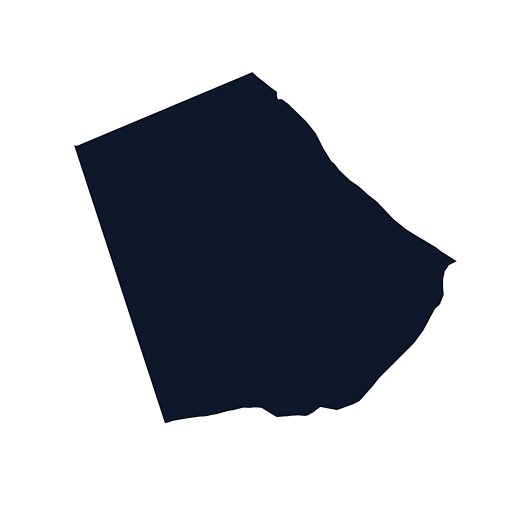 Portalese, Choiseul, Saint Lucia, rotated 190°
{"feature_id": "8701671B31198157043754", "entity_name": "Portalese", "entity_type": "district", "adm_level": 2, "iso_a3": "LCA", "parent_name": "Saint Lucia", "parent_adm1": "Choiseul", "projection": "albers", "projection_center": [-61.054, 13.78], "detail": "fine", "context": "isolated", "style": "filled", "palette": "ink", "viewbox_px": 512, "rotation_deg": 190, "n_neighbors": 0, "source": "geoboundaries", "source_scale": "gbopen_adm2", "svg_char_len": 1091}
<svg xmlns="http://www.w3.org/2000/svg" viewBox="0 0 512 512"><g transform="rotate(190 256 256)"><path d="M453.1,332.7L316.3,76.5L313.5,77.7L315.2,77.3L312.2,78.3L310.4,79.6L298.8,83.9L291.6,86.3L283.2,89.0L279.4,89.7L275.8,91.0L271.9,92.7L267.2,94.3L261.8,97.0L256.3,99.5L251.7,101.0L249.4,102.1L242.5,105.2L235.5,106.2L232.7,107.1L228.9,107.8L224.0,108.2L207.7,101.8L204.5,102.6L200.5,103.7L197.2,104.4L194.4,105.4L186.4,107.3L183.9,107.4L179.6,107.9L177.8,108.7L175.4,110.7L173.0,112.5L170.2,115.7L166.8,119.3L149.6,119.1L134.6,127.8L129.4,131.8L119.0,148.6L113.8,158.3L96.8,182.5L85.8,198.2L78.9,212.3L71.4,235.1L67.2,240.8L65.2,250.5L67.2,258.3L68.5,266.0L68.2,274.0L64.9,281.1L58.9,285.6L61.4,286.5L74.6,291.9L80.5,295.1L104.8,304.3L112.7,307.5L127.5,315.6L137.5,323.1L147.1,330.1L157.1,335.4L166.3,341.3L176.9,346.2L189.1,354.2L194.9,359.6L198.6,361.7L208.6,372.9L219.1,386.8L230.2,396.5L251.3,410.9L258.2,414.2L261.9,413.1L264.0,416.9L264.5,420.6L271.9,424.4L286.7,432.4L291.5,435.5L357.5,393.0L451.2,332.7L453.1,332.7Z" fill="#0f172a" stroke="#020617" stroke-width="1.5"/></g></svg>